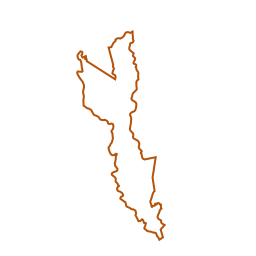 the district of Woodlands, Laborie, Saint Lucia, rotated 203°
{"feature_id": "8701671B68052266894517", "entity_name": "Woodlands", "entity_type": "district", "adm_level": 2, "iso_a3": "LCA", "parent_name": "Saint Lucia", "parent_adm1": "Laborie", "projection": "orthographic", "projection_center": [-60.983, 13.799], "detail": "fine", "context": "isolated", "style": "outline", "palette": "amber", "viewbox_px": 256, "rotation_deg": 203, "n_neighbors": 0, "source": "geoboundaries", "source_scale": "gbopen_adm2", "svg_char_len": 5812}
<svg xmlns="http://www.w3.org/2000/svg" viewBox="0 0 256 256"><g transform="rotate(203 128 128)"><path d="M65.7,66.8L66.2,67.1L67.0,68.4L67.5,70.0L67.8,70.4L68.6,70.1L69.0,70.1L69.5,70.7L70.1,70.9L71.3,70.5L71.7,69.8L71.7,69.0L71.8,68.8L72.2,68.9L72.7,69.2L73.4,68.8L73.0,67.4L73.2,66.8L74.7,66.1L75.0,65.8L74.8,65.5L74.9,65.1L75.4,64.0L75.4,64.4L75.7,65.0L76.1,65.8L76.8,66.6L77.7,67.6L78.3,68.3L78.8,69.2L78.8,70.7L78.8,71.4L79.4,76.0L79.5,78.1L79.2,79.8L78.9,80.4L86.1,92.1L87.4,97.5L91.1,111.9L100.5,105.5L102.2,105.6L102.7,105.8L103.2,106.3L103.8,106.9L105.4,109.4L106.3,109.8L106.5,110.4L106.2,111.5L106.2,111.8L106.5,112.2L108.0,112.8L109.3,113.3L110.3,114.1L110.7,114.6L110.8,115.3L110.9,116.2L111.3,117.5L111.6,118.3L112.8,119.4L114.1,120.1L115.2,120.3L118.7,120.6L119.6,121.1L119.9,121.8L120.1,122.8L120.7,124.4L121.2,125.0L123.2,125.8L124.4,126.4L125.1,126.9L125.8,127.8L126.2,128.9L126.8,131.6L127.3,133.8L128.5,137.5L129.1,138.6L129.9,139.6L130.9,140.4L131.3,140.9L131.4,141.2L131.5,141.9L131.4,142.4L131.0,143.2L130.8,143.8L129.1,145.5L128.7,146.1L128.4,146.7L128.3,147.4L128.4,148.8L128.8,150.9L129.5,152.9L129.8,153.6L131.0,154.6L131.6,154.7L132.2,154.9L134.6,155.2L135.2,155.4L136.2,156.1L136.5,156.9L136.4,157.4L136.4,158.3L136.5,158.8L136.9,160.2L137.0,161.0L137.0,161.7L136.5,163.0L135.3,166.1L135.1,166.7L135.1,167.1L135.4,167.8L136.4,169.5L137.8,172.3L137.9,173.0L138.3,173.6L138.3,174.3L138.3,174.8L138.0,175.8L137.5,176.4L137.4,176.7L137.4,177.0L137.8,177.7L138.1,178.0L138.4,178.3L138.7,179.0L139.3,180.9L140.0,182.6L140.3,183.1L140.8,183.6L142.6,184.7L142.9,184.9L143.7,186.3L144.7,187.0L144.7,188.2L144.9,188.8L145.2,189.3L145.4,189.4L145.8,189.6L147.8,189.5L148.0,189.6L148.3,189.9L148.5,190.6L148.5,191.3L148.3,193.0L148.3,193.7L148.4,194.4L148.6,194.7L149.1,195.2L149.8,195.5L151.2,196.0L151.5,196.2L151.8,197.0L151.8,197.4L151.9,198.8L152.0,199.0L152.4,199.2L153.6,199.4L156.0,200.2L157.2,200.7L157.6,201.1L158.4,203.0L158.4,203.4L158.4,204.7L158.8,205.8L158.9,206.9L158.8,207.2L157.7,208.0L157.3,208.3L157.1,208.6L156.9,209.6L156.9,210.4L157.7,211.1L158.3,211.9L159.1,213.9L160.2,215.7L160.7,216.7L160.9,217.3L161.5,218.6L162.0,218.1L162.1,217.4L162.5,216.9L163.0,216.5L163.5,216.4L164.8,216.4L165.4,216.3L166.5,215.7L167.2,215.1L167.5,214.2L167.7,213.3L167.5,212.5L167.6,211.7L167.9,210.6L168.2,210.2L168.5,209.2L168.9,208.7L169.7,207.9L169.8,207.5L170.1,207.2L170.6,207.3L170.9,207.2L172.4,206.7L172.6,206.5L173.2,205.9L173.6,205.1L174.0,204.6L174.0,204.2L173.8,204.0L173.5,203.5L173.6,203.0L174.4,201.2L174.5,200.8L174.7,200.2L174.9,197.3L175.1,196.2L175.0,195.9L177.3,194.5L166.2,180.2L166.0,179.2L165.9,178.7L165.7,178.4L165.3,178.1L164.9,178.0L164.4,177.5L164.0,176.9L164.2,174.6L163.9,173.9L164.0,173.2L163.6,172.1L163.0,171.8L161.1,171.6L160.0,171.1L159.3,169.9L159.0,168.8L158.9,167.8L192.0,173.4L192.3,174.1L193.2,175.3L193.6,175.1L194.0,174.7L194.3,174.7L194.6,175.0L194.6,175.6L194.4,176.9L194.5,177.3L195.0,177.8L197.1,175.1L197.4,175.1L198.2,175.7L199.2,176.6L199.3,177.0L199.0,177.9L199.3,179.4L199.9,180.1L200.5,180.2L201.1,180.1L201.7,179.9L201.7,179.6L202.5,177.4L202.9,175.7L202.7,174.8L201.8,173.1L200.0,171.8L198.7,172.1L197.8,171.4L196.6,170.0L194.3,165.9L192.0,162.6L192.4,161.7L196.3,160.4L196.5,159.4L195.8,158.1L192.4,155.5L187.7,152.7L185.4,150.4L184.4,148.3L183.8,144.7L182.9,142.5L182.0,141.5L180.9,139.8L180.1,136.6L177.6,131.2L175.5,130.9L174.4,130.5L173.7,130.3L173.3,130.2L172.1,130.5L170.9,130.5L169.0,130.2L168.0,129.5L165.7,127.6L164.7,126.9L164.3,126.8L163.5,126.8L162.5,126.9L160.2,126.8L159.0,126.4L157.0,125.1L156.3,125.0L154.8,125.3L154.0,125.6L153.2,125.9L152.8,126.4L151.9,126.5L150.0,126.3L149.3,125.9L148.8,125.5L148.3,124.7L147.8,124.4L147.5,124.3L146.8,124.3L146.4,124.5L145.2,125.5L144.6,125.7L143.5,125.6L143.2,125.5L143.0,125.3L142.6,124.6L141.9,123.6L141.7,122.6L141.5,121.7L141.5,121.1L141.6,120.6L141.9,119.6L142.0,119.1L142.0,118.8L141.8,118.4L141.6,117.9L141.4,117.7L140.2,117.0L140.0,116.7L139.7,115.7L139.0,114.7L138.4,113.6L137.7,111.9L137.5,110.7L137.5,110.2L137.3,108.6L137.3,108.2L137.8,106.3L137.7,105.0L137.9,103.8L138.3,102.6L137.7,101.4L136.8,100.2L136.1,99.4L134.0,97.5L133.0,97.0L132.1,96.8L131.4,97.0L130.1,97.8L129.6,98.5L129.2,99.5L128.6,99.7L128.2,99.7L128.0,98.9L128.1,98.0L128.2,97.1L127.4,95.3L127.1,94.4L126.5,91.8L126.4,90.5L125.4,88.7L124.9,88.1L124.0,87.7L123.0,87.0L121.8,86.3L121.3,85.4L121.4,84.6L121.6,84.1L122.4,83.1L123.8,82.0L124.9,80.5L125.1,79.5L124.6,78.7L124.1,78.4L120.9,77.6L119.7,76.9L119.3,76.1L118.7,74.4L118.4,73.9L117.9,73.5L117.0,73.3L115.9,72.8L115.4,72.2L115.1,71.8L114.2,71.5L113.7,71.3L113.7,70.9L114.4,69.9L114.5,68.2L114.1,67.5L113.4,66.6L113.2,66.4L112.3,66.1L110.2,66.3L108.8,66.0L108.0,65.8L106.6,64.7L106.3,64.3L106.2,63.5L106.8,62.6L107.5,62.0L107.6,61.8L107.6,60.4L107.5,60.2L107.1,59.7L106.0,59.6L102.7,58.8L101.8,58.8L101.2,58.4L100.0,56.9L99.6,56.1L99.2,55.6L98.6,55.3L97.9,55.1L96.1,55.2L95.3,55.1L94.7,55.0L93.3,54.7L92.6,54.7L91.3,55.2L90.6,55.1L89.0,54.9L88.4,54.4L88.1,53.7L87.7,53.3L87.2,52.6L87.1,52.3L87.1,50.9L86.9,50.5L86.5,50.2L85.0,49.1L82.2,46.5L81.7,46.4L81.1,46.8L80.4,47.3L80.1,47.6L79.8,48.5L79.7,49.2L79.4,49.4L78.8,49.4L78.2,49.0L77.7,48.7L76.4,47.0L75.8,46.9L75.6,47.0L75.4,47.2L75.0,47.3L74.8,47.4L74.5,47.4L74.3,47.3L73.9,44.6L73.9,42.2L73.6,41.8L73.1,41.6L71.2,41.2L70.5,40.8L69.2,40.8L67.8,41.1L66.8,41.5L66.3,41.5L65.7,41.5L64.2,41.6L63.8,41.7L63.3,41.9L63.2,42.0L62.7,42.1L62.2,41.9L61.6,42.1L61.2,42.1L60.4,41.5L59.1,39.9L58.4,39.5L57.5,39.2L56.6,38.5L55.5,37.4L53.1,41.0L58.3,47.3L56.4,52.9L56.7,52.9L59.1,53.4L60.0,53.7L60.4,53.9L60.8,54.4L61.2,55.4L61.4,55.8L61.7,55.9L63.9,56.1L64.6,56.4L65.6,57.0L65.9,57.4L66.2,58.1L66.4,60.5L66.2,61.8L66.5,64.3L66.5,65.0L66.2,65.9L65.7,66.8Z" fill="none" stroke="#b45309" stroke-width="2"/></g></svg>